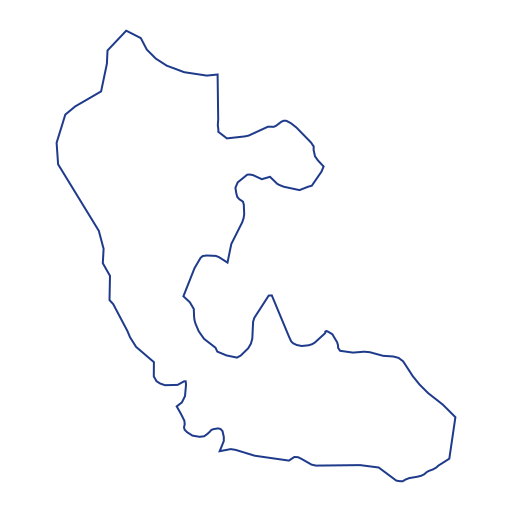 outline of Risaralda
{"feature_id": "COL-1401", "entity_name": "Risaralda", "entity_type": "Department", "adm_level": 1, "iso_a3": "COL", "parent_name": "Colombia", "parent_adm1": "", "projection": "orthographic", "projection_center": [-75.783, 5.124], "detail": "fine", "context": "isolated", "style": "outline", "palette": "blue", "viewbox_px": 512, "rotation_deg": 0, "n_neighbors": 0, "source": "natural_earth", "source_scale": "10m", "svg_char_len": 2318}
<svg xmlns="http://www.w3.org/2000/svg" viewBox="0 0 512 512"><path d="M217.6,74.5L218.2,119.5L217.8,125.1L218.4,129.8L218.3,131.8L226.9,138.4L244.9,136.4L248.6,135.6L268.0,126.7L273.7,126.8L275.9,125.9L281.4,121.7L283.8,120.7L286.4,120.8L290.9,123.2L296.4,127.5L311.0,142.5L313.7,146.5L313.6,149.9L315.0,156.3L317.9,160.4L323.6,166.5L321.5,171.6L311.8,185.7L308.2,186.7L299.5,190.1L283.6,186.7L279.2,184.9L277.2,183.8L270.0,176.8L261.8,179.2L253.0,175.1L249.6,174.5L247.2,174.7L237.7,182.4L235.4,187.8L236.3,193.3L237.3,197.0L239.3,199.2L242.9,201.6L243.8,204.5L244.2,214.2L243.6,218.2L242.2,222.3L231.3,244.0L227.5,262.6L218.9,257.1L215.8,255.9L206.9,255.5L202.8,256.0L200.6,257.8L194.5,268.2L183.4,296.3L189.8,302.2L193.8,309.0L194.1,317.0L194.6,320.6L195.5,323.7L198.7,331.2L204.0,338.8L215.5,347.7L217.3,351.6L226.4,355.4L236.9,357.6L240.7,355.6L248.2,348.3L250.9,343.7L252.3,338.6L253.1,321.8L254.4,317.7L268.7,295.6L271.8,295.4L289.0,336.7L291.2,341.4L293.0,343.2L296.7,345.0L301.7,346.0L308.5,345.3L312.1,344.2L314.9,342.5L324.9,333.4L325.4,332.5L325.3,331.6L326.5,331.0L328.4,331.9L332.3,334.2L337.1,342.2L338.0,345.3L338.1,347.8L340.1,350.8L352.9,352.6L364.2,351.7L369.8,352.2L383.0,355.8L393.4,356.5L398.6,357.9L403.1,361.3L412.8,376.2L419.5,384.5L428.1,393.1L442.9,404.7L455.4,417.2L449.3,458.7L438.4,465.6L436.2,467.6L433.0,469.4L428.9,470.9L427.0,471.9L424.0,474.4L421.1,475.8L417.0,476.8L409.2,478.1L405.6,479.5L402.6,481.3L399.1,481.1L396.3,480.6L378.7,467.5L360.0,465.1L315.9,465.6L311.5,464.6L301.5,458.9L298.1,457.2L294.3,457.0L288.9,460.6L254.6,455.7L235.7,449.9L230.7,449.1L219.7,451.2L223.8,441.0L223.8,436.9L222.5,431.1L220.5,429.0L218.1,428.4L213.7,429.1L211.4,429.9L209.6,431.9L207.2,434.1L204.1,436.3L199.5,436.8L192.4,435.6L187.1,432.2L184.7,429.8L184.0,427.5L184.3,425.9L184.7,424.4L184.4,420.8L180.9,413.8L176.7,406.4L181.9,402.4L185.0,396.1L186.0,385.0L185.7,381.3L184.1,381.3L177.6,384.9L165.0,385.2L160.1,383.5L156.5,381.2L153.8,376.4L153.9,362.1L150.1,358.9L136.1,346.9L130.0,337.2L127.4,331.0L113.2,304.1L109.5,300.1L110.0,275.9L102.8,263.2L103.6,248.8L98.8,230.8L58.1,164.3L56.6,142.8L65.3,114.6L75.2,106.4L101.1,91.4L106.9,63.7L107.5,50.5L126.2,30.7L140.8,38.1L146.8,49.6L155.9,58.7L166.8,65.7L184.2,72.2L206.9,75.6L217.6,74.5Z" fill="none" stroke="#1e3a8a" stroke-width="2"/></svg>